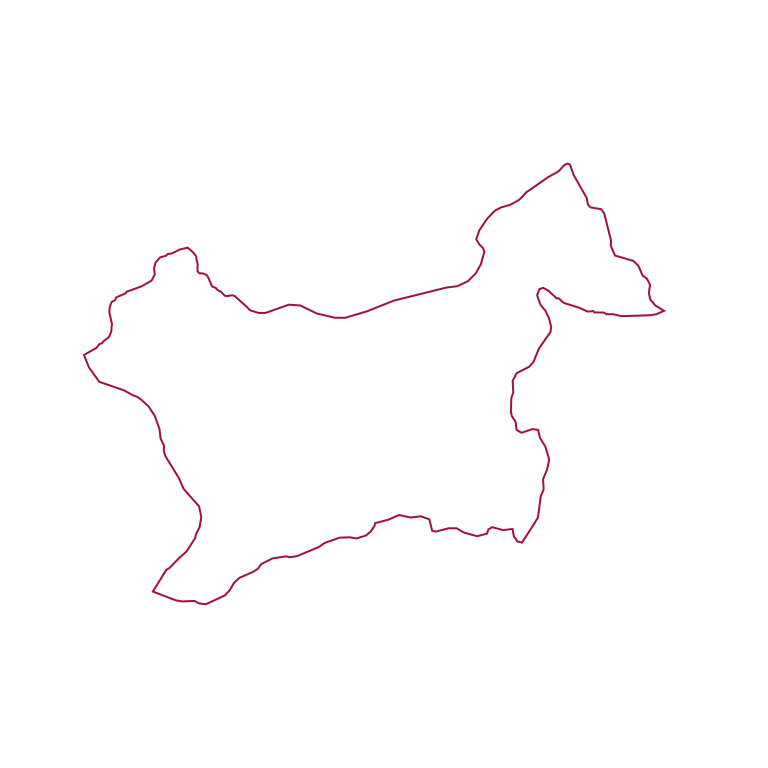 outline of Comitancillo, San Marcos, Guatemala, rotated 70°
{"feature_id": "79465075B17220282453163", "entity_name": "Comitancillo", "entity_type": "district", "adm_level": 2, "iso_a3": "GTM", "parent_name": "Guatemala", "parent_adm1": "San Marcos", "projection": "natural_earth1", "projection_center": [-91.754, 15.119], "detail": "fine", "context": "isolated", "style": "outline", "palette": "rose", "viewbox_px": 768, "rotation_deg": 70, "n_neighbors": 0, "source": "geoboundaries", "source_scale": "gbopen_adm2", "svg_char_len": 2924}
<svg xmlns="http://www.w3.org/2000/svg" viewBox="0 0 768 768"><g transform="rotate(70 384 384)"><path d="M580.2,308.6L568.8,293.4L562.1,285.0L543.1,275.1L537.6,270.0L527.9,267.1L520.3,260.1L511.5,254.6L497.8,253.8L487.9,255.9L479.8,254.9L477.1,260.1L476.9,271.3L475.0,273.2L472.4,275.0L464.6,273.3L457.7,274.9L453.0,274.1L440.7,269.1L436.1,265.4L425.0,262.0L419.2,255.7L417.4,241.6L414.5,236.1L403.6,226.2L392.2,209.9L387.8,207.4L378.2,206.5L370.2,207.3L363.0,209.9L353.1,209.8L348.0,205.6L348.1,201.5L352.6,197.6L362.7,192.4L363.0,190.7L369.3,187.3L379.0,174.6L385.6,167.9L387.1,162.3L388.7,161.8L392.1,152.9L394.5,151.2L396.5,145.4L401.6,137.3L410.5,110.2L411.6,104.2L411.0,95.8L402.9,102.2L395.6,104.9L389.3,104.0L381.5,100.0L374.7,101.0L370.6,103.9L360.1,104.5L353.7,107.5L342.3,123.0L331.8,123.6L326.8,121.6L299.1,118.7L293.9,120.3L288.7,129.5L285.1,131.0L278.5,129.9L252.3,134.3L241.6,134.2L239.7,135.9L240.0,139.8L243.9,147.4L245.7,158.9L252.5,184.6L257.1,193.8L258.8,204.2L258.1,213.3L259.0,220.4L264.0,230.6L272.4,242.1L279.6,247.8L285.1,246.8L290.0,244.5L294.1,244.5L304.6,252.0L311.5,260.0L316.1,270.0L317.2,281.7L314.8,291.8L309.0,346.3L309.9,375.0L308.5,397.9L304.9,407.5L294.8,423.0L285.3,432.2L281.6,435.8L276.9,446.3L276.7,471.0L274.3,477.6L268.8,484.8L264.9,486.4L262.8,487.5L255.0,491.7L253.5,492.6L251.0,493.7L249.0,495.7L248.4,497.5L247.9,501.0L246.8,503.2L245.2,504.0L243.9,504.7L241.6,505.6L240.0,507.4L238.7,508.3L236.2,509.2L234.8,510.8L233.8,512.0L231.4,512.3L229.4,512.4L225.6,512.6L224.0,512.8L221.6,513.1L219.7,514.6L218.1,516.5L217.4,518.2L216.6,519.8L214.1,520.6L212.0,519.9L210.3,519.2L208.4,518.3L206.0,517.9L204.2,517.6L202.2,517.5L199.9,516.8L196.9,517.7L193.3,519.3L190.3,521.1L188.7,522.0L187.8,529.6L188.7,538.7L187.9,543.1L188.9,544.9L188.5,551.4L192.0,557.4L196.6,560.5L202.7,562.0L207.4,567.2L209.3,578.5L209.3,594.4L210.4,595.7L211.0,605.7L213.3,608.3L213.8,611.8L217.6,615.2L222.6,617.6L234.3,619.1L241.4,622.3L245.8,626.4L247.7,632.6L249.2,635.0L249.2,637.8L251.7,641.9L254.1,656.0L267.4,655.6L284.6,650.8L301.2,630.3L308.6,624.0L311.8,620.2L315.2,617.8L324.4,612.9L335.7,610.3L349.7,610.4L358.8,612.6L366.8,611.8L371.8,613.9L377.5,614.0L402.7,608.8L414.0,608.2L435.8,599.6L446.8,601.3L455.3,606.2L461.4,612.5L464.1,614.1L473.8,626.8L477.2,635.4L483.6,648.7L484.1,652.0L500.0,672.2L515.8,654.0L519.4,647.8L523.0,636.3L526.9,632.9L530.0,626.8L528.3,606.0L524.8,599.2L519.8,593.3L516.7,586.2L515.7,570.9L514.5,565.8L511.2,560.8L509.8,548.3L512.3,535.4L514.6,531.5L516.0,524.7L514.9,500.9L513.1,494.2L513.2,478.3L516.4,468.5L519.7,462.6L520.2,452.9L518.2,447.1L514.0,441.3L511.7,440.0L513.0,426.5L512.3,414.6L518.5,404.8L520.9,394.7L526.6,387.7L538.4,388.9L540.4,385.9L541.7,372.5L544.4,365.1L550.8,359.8L558.9,348.6L559.8,338.3L556.4,335.7L555.5,331.4L562.0,322.1L564.2,312.8L571.9,314.1L574.8,313.0L577.5,312.6L580.2,308.6Z" fill="none" stroke="#9f1239" stroke-width="2"/></g></svg>